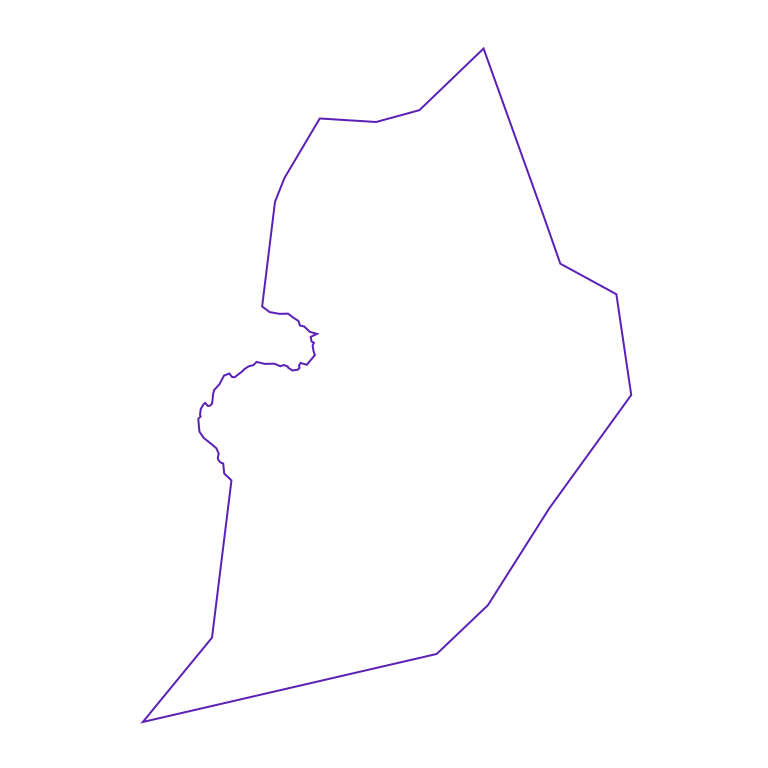 outline of San Juan Lajarcia, Oaxaca, Mexico, rotated 89°
{"feature_id": "50627088B50944578891285", "entity_name": "San Juan Lajarcia", "entity_type": "district", "adm_level": 2, "iso_a3": "MEX", "parent_name": "Mexico", "parent_adm1": "Oaxaca", "projection": "mercator", "projection_center": [-95.925, 16.508], "detail": "fine", "context": "isolated", "style": "outline", "palette": "violet", "viewbox_px": 768, "rotation_deg": 89, "n_neighbors": 0, "source": "geoboundaries", "source_scale": "gbopen_adm2", "svg_char_len": 1136}
<svg xmlns="http://www.w3.org/2000/svg" viewBox="0 0 768 768"><g transform="rotate(89 384 384)"><path d="M298.3,150.1L266.8,205.6L215.7,222.5L50.3,278.6L110.8,343.8L121.9,387.3L117.4,443.6L172.5,477.6L176.4,480.0L199.9,489.8L304.4,504.5L310.1,497.1L312.0,487.5L312.0,478.7L316.2,473.4L319.5,468.4L324.0,467.1L325.1,462.8L330.6,457.2L332.7,450.2L335.6,456.5L340.2,455.7L341.6,453.3L344.1,454.7L349.8,453.9L353.9,452.6L363.4,460.9L361.5,467.1L364.2,468.7L366.4,468.2L368.1,469.7L368.9,475.2L365.9,479.7L364.7,480.0L363.3,483.7L364.4,487.4L361.8,493.2L361.8,502.9L359.7,511.0L361.0,512.4L362.8,514.2L364.0,519.0L366.6,523.2L369.3,526.0L374.6,533.2L374.3,535.8L370.8,538.4L372.7,543.7L375.4,545.3L381.4,548.5L386.9,553.8L391.7,555.2L395.9,555.6L400.5,556.2L402.6,558.2L402.9,560.5L399.8,563.1L401.0,564.7L405.7,567.6L411.4,568.5L413.3,567.9L415.7,570.3L428.3,569.4L434.7,565.3L441.2,557.4L445.2,552.8L450.6,550.5L455.1,551.5L457.1,550.9L458.7,549.7L460.1,548.0L460.6,546.2L470.8,545.3L477.7,538.2L634.6,560.4L717.7,631.0L654.8,336.0L607.0,284.0L511.3,221.0L399.3,137.0L298.3,150.1Z" fill="none" stroke="#5b21b6" stroke-width="2"/></g></svg>